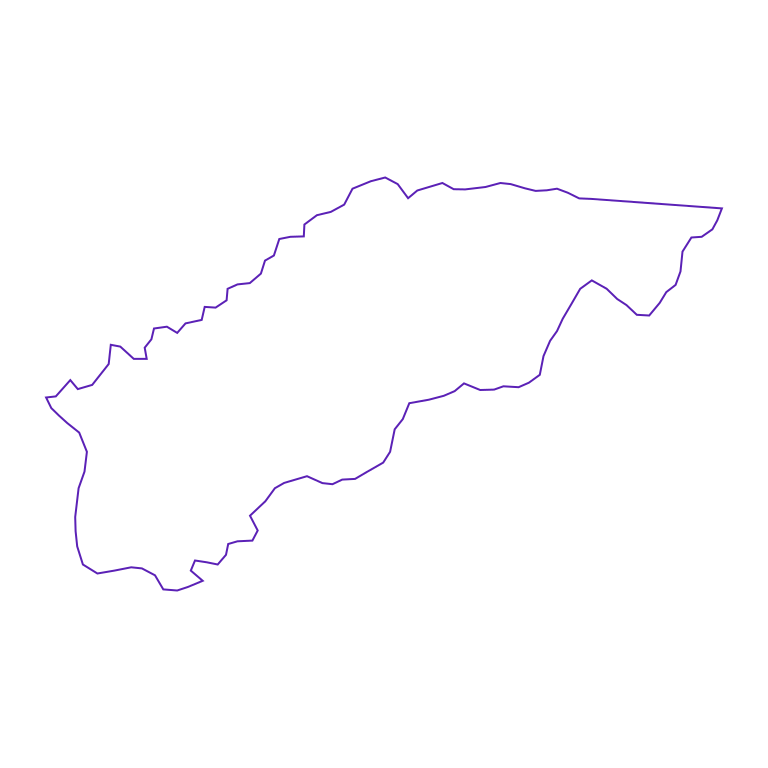 the district of Doutor Camargo, Paraná, Brazil
{"feature_id": "56859067B60324698121117", "entity_name": "Doutor Camargo", "entity_type": "district", "adm_level": 2, "iso_a3": "BRA", "parent_name": "Brazil", "parent_adm1": "Paraná", "projection": "mercator", "projection_center": [-52.215, -23.569], "detail": "fine", "context": "isolated", "style": "outline", "palette": "violet", "viewbox_px": 768, "rotation_deg": 0, "n_neighbors": 0, "source": "geoboundaries", "source_scale": "gbopen_adm2", "svg_char_len": 1658}
<svg xmlns="http://www.w3.org/2000/svg" viewBox="0 0 768 768"><path d="M721.9,208.4L591.2,198.9L579.2,198.4L567.7,192.7L557.0,188.7L546.7,190.3L535.6,190.9L524.9,188.3L510.7,184.1L500.4,183.0L485.5,187.0L465.2,189.4L453.7,189.2L442.4,183.0L417.3,190.5L408.1,198.2L397.7,184.1L385.2,177.5L370.9,181.2L352.5,188.7L344.2,204.6L330.8,211.9L316.9,215.2L304.4,224.5L303.8,236.4L290.4,236.8L279.3,239.0L273.9,255.5L265.0,260.6L260.9,273.6L249.8,283.1L237.5,284.4L227.6,288.8L226.6,300.3L215.6,307.6L204.7,306.9L201.7,319.9L185.5,323.4L177.2,332.9L166.9,326.7L154.0,328.5L151.4,339.3L144.7,347.7L146.7,358.9L133.8,358.9L120.3,346.6L110.8,344.8L108.7,364.0L92.2,384.9L77.8,389.1L70.3,380.1L55.8,396.4L46.1,397.5L51.3,408.1L59.0,415.6L67.3,423.1L79.2,432.6L86.9,451.8L84.5,471.6L78.6,488.2L75.2,517.0L75.6,531.2L77.2,546.4L82.9,564.5L97.4,573.5L114.4,570.6L131.2,567.3L141.9,568.4L155.0,575.3L163.3,589.4L177.2,590.5L187.8,587.0L202.7,580.8L190.8,570.6L195.0,560.5L206.8,562.3L217.7,564.5L226.0,554.8L228.2,544.0L237.5,541.3L252.4,540.6L257.7,530.5L250.0,515.7L265.4,501.2L274.9,488.2L284.2,482.9L307.0,476.2L322.4,483.1L332.5,484.2L342.2,479.6L355.1,478.9L366.6,472.1L383.2,462.6L390.1,451.8L394.7,429.3L402.8,419.1L409.3,403.2L428.9,399.7L443.8,395.8L454.7,391.1L464.0,383.4L480.2,390.0L494.1,389.6L503.4,386.3L518.6,387.2L528.9,382.7L539.8,374.8L543.5,356.1L550.1,340.8L557.0,331.1L562.7,318.8L571.4,304.0L580.2,288.8L591.8,280.4L606.7,288.8L617.2,299.0L626.5,305.1L636.8,314.8L649.2,315.5L659.7,302.9L666.3,292.1L675.6,284.9L680.5,271.4L682.5,251.6L691.4,237.5L701.7,236.8L712.4,229.3L717.3,220.3L721.9,208.4Z" fill="none" stroke="#5b21b6" stroke-width="2"/></svg>